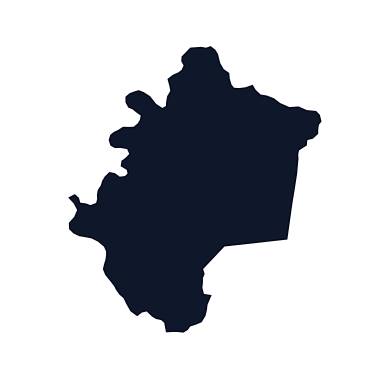 Ouro Verde, Santa Catarina, Brazil, rotated 121°
{"feature_id": "56859067B85493452784852", "entity_name": "Ouro Verde", "entity_type": "district", "adm_level": 2, "iso_a3": "BRA", "parent_name": "Brazil", "parent_adm1": "Santa Catarina", "projection": "orthographic", "projection_center": [-52.278, -26.711], "detail": "fine", "context": "isolated", "style": "filled", "palette": "ink", "viewbox_px": 384, "rotation_deg": 121, "n_neighbors": 0, "source": "geoboundaries", "source_scale": "gbopen_adm2", "svg_char_len": 2000}
<svg xmlns="http://www.w3.org/2000/svg" viewBox="0 0 384 384"><g transform="rotate(121 192 192)"><path d="M59.4,127.2L63.4,135.6L64.5,144.4L69.8,152.0L71.1,162.2L70.2,169.9L71.5,177.4L73.9,183.3L72.4,190.2L69.8,195.1L75.2,199.5L79.2,204.6L81.8,209.5L80.3,213.8L76.1,218.4L71.5,221.8L71.1,228.2L67.8,234.4L64.5,237.8L61.0,241.2L58.8,245.5L58.1,250.8L61.7,253.8L63.4,258.3L66.3,262.5L69.6,267.2L74.9,268.4L81.2,269.9L84.9,268.0L87.5,263.6L92.8,263.0L96.9,264.7L101.6,268.0L107.5,270.4L112.5,265.2L116.3,261.9L122.4,261.9L128.0,259.8L131.7,257.8L136.0,260.3L135.7,268.2L132.2,277.5L132.0,284.6L132.8,289.7L136.3,292.9L139.9,295.7L144.5,297.3L148.9,294.6L151.7,289.9L151.0,285.5L151.7,281.0L152.2,274.7L157.0,273.1L161.3,273.1L166.6,275.0L169.7,279.7L172.1,284.1L177.1,286.6L181.2,289.3L185.2,290.7L190.0,289.5L193.5,285.5L193.3,280.9L190.5,276.6L187.8,269.7L191.3,264.5L197.0,265.8L201.6,267.7L205.9,265.9L205.9,258.9L209.2,255.9L213.4,257.1L216.9,261.7L216.3,267.7L218.0,272.5L223.7,274.0L228.5,274.0L233.3,272.8L238.8,273.0L242.9,271.4L246.7,268.9L250.9,267.7L256.2,271.8L257.2,277.0L259.6,282.4L255.9,286.3L255.0,291.0L260.1,294.1L262.0,287.3L266.1,280.5L274.1,279.4L281.8,280.9L286.5,277.7L287.8,272.3L287.2,266.0L285.3,261.3L282.8,254.5L282.2,247.1L283.5,239.0L286.6,234.5L290.3,232.3L294.4,230.6L299.0,229.5L303.6,228.0L307.1,223.3L309.8,215.9L312.2,209.8L314.6,205.9L316.6,201.2L317.6,195.6L321.1,190.4L325.2,183.1L325.9,175.5L320.7,173.5L316.9,169.6L318.6,162.0L318.6,157.6L316.9,152.5L317.7,148.1L324.7,141.9L320.8,136.1L318.4,131.9L316.4,127.5L312.2,125.3L307.9,125.0L303.3,121.0L298.4,117.4L291.2,117.4L285.3,119.3L281.0,121.3L275.7,122.1L271.3,122.7L274.1,129.4L269.1,134.5L264.2,136.7L260.6,139.0L256.1,139.7L252.6,143.6L221.6,136.8L183.4,86.7L150.5,100.7L138.9,105.3L122.7,111.9L109.1,118.5L105.4,121.0L101.3,122.5L97.3,120.6L93.0,118.4L87.9,120.8L83.7,116.5L77.3,114.6L73.7,116.7L69.2,118.6L65.1,118.1L60.7,122.5L59.4,127.2Z" fill="#0f172a" stroke="#020617" stroke-width="1.5"/></g></svg>